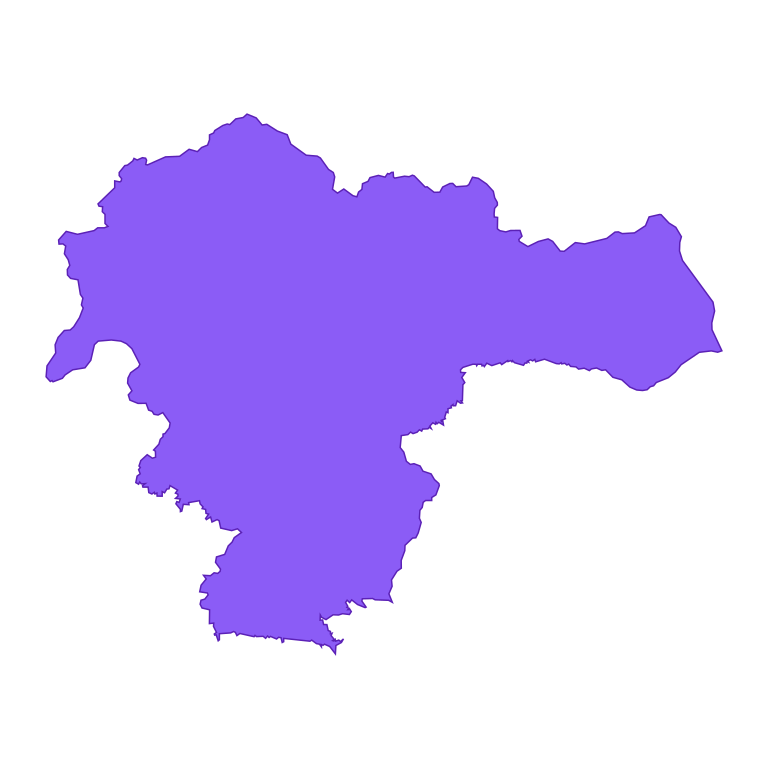 the district of Quininde, Esmeraldas, Ecuador
{"feature_id": "8360857B19300187334866", "entity_name": "Quininde", "entity_type": "district", "adm_level": 2, "iso_a3": "ECU", "parent_name": "Ecuador", "parent_adm1": "Esmeraldas", "projection": "mercator", "projection_center": [-79.433, 0.315], "detail": "fine", "context": "isolated", "style": "filled", "palette": "violet", "viewbox_px": 768, "rotation_deg": 0, "n_neighbors": 0, "source": "geoboundaries", "source_scale": "gbopen_adm2", "svg_char_len": 6092}
<svg xmlns="http://www.w3.org/2000/svg" viewBox="0 0 768 768"><path d="M214.3,634.0L214.7,635.1L216.2,634.9L218.2,640.8L219.4,639.8L219.4,633.7L230.7,632.9L233.6,631.5L235.4,632.4L236.9,635.6L239.9,633.5L254.1,636.7L255.0,635.4L256.5,636.6L263.1,636.3L265.6,638.3L267.6,636.0L269.1,637.5L270.5,636.4L276.6,639.0L278.6,637.3L281.0,637.7L282.2,642.5L283.7,641.7L283.7,638.4L310.0,641.2L311.7,640.1L316.4,643.6L319.5,644.2L321.4,646.8L321.3,644.5L323.0,645.3L324.5,644.2L329.7,646.5L335.4,653.9L335.9,645.5L341.4,642.5L343.5,638.9L340.6,641.5L338.8,640.1L335.7,641.1L335.2,639.4L333.9,641.0L332.6,640.6L334.2,639.3L331.1,635.6L332.1,633.2L330.4,633.7L330.4,631.4L328.2,630.5L326.9,624.6L323.6,624.5L322.6,620.0L320.1,620.2L320.3,615.0L321.6,617.3L326.0,619.6L333.1,614.8L338.6,615.0L342.5,613.7L349.4,614.5L351.3,611.6L349.9,609.4L348.0,609.6L349.1,608.3L346.9,607.3L347.8,606.3L345.6,602.4L347.1,600.2L349.7,602.6L351.7,599.9L357.5,604.5L365.1,607.6L366.1,607.1L361.9,601.1L362.3,598.8L372.6,598.5L375.1,599.8L388.6,600.3L392.3,602.3L388.9,593.8L392.1,586.3L391.5,579.9L397.0,571.2L401.3,568.2L401.2,560.4L404.8,550.7L405.0,545.3L412.5,538.1L415.8,537.8L418.2,533.0L421.2,522.4L419.4,518.3L419.9,510.3L422.2,507.5L423.2,502.3L425.6,500.5L431.7,500.5L431.7,497.5L435.9,494.9L439.3,485.6L438.9,483.6L434.4,479.5L431.1,473.9L423.0,471.2L420.1,466.0L414.0,463.7L410.3,464.4L406.4,461.3L403.8,452.1L400.2,447.6L401.3,435.6L407.9,434.6L410.6,432.1L413.0,433.6L417.1,432.2L419.4,429.8L421.7,431.1L422.6,429.1L428.0,428.8L429.2,427.3L431.2,428.6L429.9,426.0L432.8,422.8L435.4,424.2L436.0,422.3L437.0,423.8L438.8,422.3L443.5,425.1L442.8,420.9L441.4,421.6L441.1,420.4L445.4,418.7L444.7,417.4L446.3,412.0L448.0,412.7L448.0,408.7L451.4,407.8L451.0,406.1L453.0,404.5L453.2,405.8L455.6,405.7L457.2,400.8L460.5,403.2L462.5,402.9L460.9,400.8L462.4,400.6L462.9,384.7L464.8,382.6L461.8,377.5L465.3,372.7L460.7,372.4L460.5,369.8L462.9,367.4L472.9,364.2L476.2,364.3L476.7,365.7L477.6,364.2L481.7,364.3L482.0,365.9L483.6,365.4L484.3,366.6L486.8,363.2L491.8,365.6L500.2,362.8L501.7,364.6L507.7,360.6L508.0,361.6L510.7,360.6L511.9,361.8L512.5,360.6L514.5,362.7L523.5,365.3L525.0,363.0L526.8,363.1L527.2,361.5L528.7,362.2L528.1,360.9L530.5,359.8L532.7,360.9L534.8,359.4L535.6,361.8L544.5,359.2L556.3,363.6L559.2,363.9L561.1,362.7L561.7,363.9L564.8,363.3L566.9,365.0L568.7,364.1L570.6,366.4L576.0,366.9L578.6,369.1L584.2,368.2L589.4,370.6L591.4,368.9L596.6,368.0L601.8,370.4L605.6,369.8L612.9,377.3L621.8,379.8L629.9,387.1L636.7,390.0L642.6,390.5L647.2,389.7L650.3,386.7L653.6,385.8L656.3,382.5L668.3,377.7L675.3,372.0L681.1,364.7L699.3,352.3L711.3,350.9L717.7,352.2L721.9,350.8L712.0,329.7L711.8,322.9L714.6,311.0L713.0,302.1L682.5,260.5L679.5,251.0L679.8,242.4L681.4,236.7L675.8,227.3L669.0,223.1L661.1,214.7L659.6,214.5L649.1,216.9L645.5,225.7L634.5,232.9L622.2,233.6L618.4,231.9L615.0,232.1L606.8,238.4L584.7,243.9L575.3,242.6L564.2,251.3L560.2,251.1L552.7,241.4L548.1,238.9L538.3,241.5L527.9,246.6L519.3,241.4L518.8,239.5L522.0,236.2L520.0,230.4L510.6,230.5L505.8,231.9L499.9,230.7L497.4,228.8L497.6,217.4L494.3,217.0L494.1,213.8L494.6,208.4L497.4,205.1L497.3,202.4L494.7,197.8L493.3,191.3L486.6,184.0L478.3,178.3L472.5,177.2L468.8,184.7L466.7,186.0L456.0,186.7L452.7,183.4L449.9,183.5L442.7,187.0L439.8,192.2L434.1,192.3L427.1,186.8L425.2,187.1L414.3,175.9L412.4,175.2L409.1,176.7L404.5,176.2L394.7,178.1L393.5,177.0L393.2,172.3L391.5,172.4L389.3,174.0L387.6,173.5L385.1,177.1L378.4,175.4L370.0,177.6L368.0,181.4L362.5,183.7L361.9,189.4L358.6,192.0L356.9,196.8L352.9,195.7L343.8,189.0L337.5,193.1L332.5,189.3L334.7,176.9L333.3,172.5L328.5,169.4L320.4,158.0L317.2,156.1L306.2,155.2L290.8,144.1L287.2,134.7L277.3,131.0L266.8,124.3L262.1,125.0L256.2,117.9L247.0,114.1L243.2,117.5L235.8,118.9L229.8,124.6L227.2,124.0L222.8,125.5L214.8,130.5L213.6,133.0L209.5,134.9L209.5,139.8L207.6,145.1L201.6,147.5L197.4,151.6L189.1,149.3L179.6,156.3L165.5,156.9L147.5,164.9L145.7,164.5L146.6,160.2L145.6,158.2L142.4,157.7L137.2,160.0L134.0,158.4L132.8,160.9L127.5,165.1L124.8,165.6L119.2,172.5L119.2,175.6L121.6,178.7L121.2,180.9L119.9,181.9L114.7,180.9L114.7,187.8L98.0,203.9L99.0,206.2L102.6,206.7L102.3,211.7L105.0,214.3L105.0,223.5L108.0,226.4L104.4,227.8L97.7,227.8L94.1,230.6L77.5,234.3L66.2,231.4L58.6,240.0L59.0,244.1L62.9,243.9L65.7,246.0L64.4,253.8L68.2,259.7L69.8,265.4L67.3,269.5L67.5,275.0L70.6,278.4L78.0,279.8L80.4,294.5L82.9,298.1L81.4,304.9L83.2,308.0L79.5,317.6L73.7,326.8L70.2,330.0L64.3,330.5L58.1,337.4L55.1,344.8L55.7,353.0L47.0,365.9L46.1,376.8L50.3,381.5L52.0,380.6L53.0,381.8L62.4,378.3L65.1,374.9L72.7,369.8L85.0,367.8L90.8,360.3L94.4,344.7L98.2,341.1L111.3,340.0L120.9,341.1L126.5,343.7L131.9,348.7L139.9,364.3L138.6,367.0L130.6,372.8L128.0,378.0L127.6,383.1L131.9,390.8L128.3,394.9L129.9,400.1L138.0,403.4L146.1,403.3L148.6,410.1L152.1,411.3L154.0,414.3L158.1,415.0L162.8,412.6L170.1,423.0L169.3,427.8L165.0,433.5L163.0,434.1L163.0,436.7L160.3,439.3L158.9,444.2L153.6,450.0L155.4,451.2L155.6,457.2L152.4,458.2L147.2,454.7L140.8,460.6L139.0,466.0L140.3,467.5L138.6,469.6L140.2,473.8L137.1,476.1L135.8,482.6L138.6,484.2L139.7,482.0L141.3,483.9L145.2,483.6L142.5,485.7L142.9,487.1L148.1,487.1L148.8,492.6L151.9,494.0L154.3,492.3L154.9,494.0L156.9,493.1L157.1,496.1L162.2,496.2L162.2,491.6L164.6,492.8L166.8,489.1L169.0,488.8L170.0,485.6L177.6,490.1L175.4,493.1L177.9,494.2L178.0,496.0L175.5,498.4L180.3,499.0L179.1,502.4L176.8,501.6L175.9,503.8L180.4,509.3L180.4,511.6L181.8,511.1L183.3,504.3L189.0,504.7L188.6,502.6L199.5,500.7L200.1,503.8L203.0,506.9L202.1,508.6L205.6,509.4L206.0,513.4L208.6,514.1L205.6,518.5L206.4,519.6L210.6,517.0L212.0,522.0L217.1,519.6L219.1,520.7L220.7,528.1L231.7,530.6L237.5,528.8L241.5,532.5L234.3,537.6L232.1,542.1L228.3,545.8L224.7,554.4L216.5,556.9L215.5,562.3L220.5,569.1L220.1,571.4L217.7,573.4L214.1,572.8L210.5,575.7L203.5,575.3L206.2,579.0L201.1,585.2L199.7,591.8L207.4,593.0L208.1,594.9L204.8,599.1L201.0,600.2L200.1,604.2L202.0,608.0L209.6,609.8L209.4,623.6L213.7,623.1L213.5,626.4L216.5,632.4L214.3,634.0Z" fill="#8b5cf6" stroke="#5b21b6" stroke-width="1.5"/></svg>